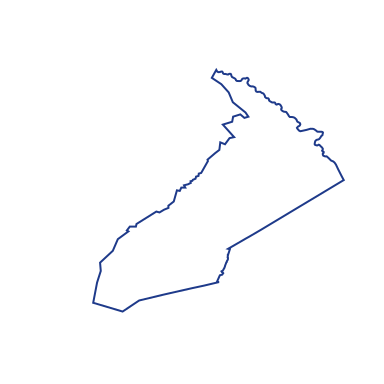 Greenville, South Carolina, United States of America, rotated 58°
{"feature_id": "52423323B27353440150163", "entity_name": "Greenville", "entity_type": "district", "adm_level": 2, "iso_a3": "USA", "parent_name": "United States of America", "parent_adm1": "South Carolina", "projection": "equal_earth", "projection_center": [-82.43, 34.85], "detail": "fine", "context": "isolated", "style": "outline", "palette": "blue", "viewbox_px": 384, "rotation_deg": 58, "n_neighbors": 0, "source": "geoboundaries", "source_scale": "gbopen_adm2", "svg_char_len": 3581}
<svg xmlns="http://www.w3.org/2000/svg" viewBox="0 0 384 384"><g transform="rotate(58 192 192)"><path d="M157.1,77.4L155.9,78.0L155.2,78.1L154.9,77.9L153.7,77.6L153.0,77.7L151.8,79.2L150.1,79.7L148.9,79.2L146.7,79.2L145.9,79.5L145.5,79.8L145.3,80.1L144.3,80.6L143.3,80.9L142.3,82.5L141.8,83.5L141.0,84.2L140.0,84.3L139.4,84.1L138.3,83.4L137.2,83.0L136.3,83.3L135.3,83.9L134.5,84.7L133.9,85.8L132.6,86.8L131.2,87.3L129.1,87.3L128.3,86.8L128.0,86.2L127.5,85.3L127.0,84.5L125.8,84.2L125.0,84.3L124.3,84.8L124.2,85.9L124.1,86.7L123.8,86.8L123.5,87.3L123.0,88.1L122.8,88.6L122.7,89.2L122.9,89.9L123.5,91.0L123.6,91.9L123.2,92.8L121.7,95.0L120.6,95.5L119.9,95.3L119.0,95.3L118.1,95.7L115.7,97.1L114.2,97.0L113.3,96.6L112.3,96.6L111.7,97.5L111.5,98.0L111.5,99.1L111.1,99.7L109.6,101.1L108.9,102.3L107.9,102.8L106.6,102.5L105.7,102.7L105.2,103.8L105.1,104.7L104.3,106.2L103.2,106.8L101.3,106.7L105.7,114.7L116.1,110.0L127.0,108.1L137.5,109.8L152.9,104.5L158.0,104.3L156.9,108.3L151.8,109.9L149.9,117.2L153.7,120.7L151.2,130.1L167.8,127.2L166.2,131.6L169.0,138.7L164.9,141.7L170.8,146.5L171.3,151.7L172.8,161.7L174.2,162.1L180.7,174.1L180.0,176.5L181.8,178.0L181.1,180.4L182.6,182.0L182.1,184.8L182.7,185.8L182.1,187.5L183.7,188.3L183.5,189.3L183.4,191.1L182.1,195.2L184.7,195.4L182.6,198.7L184.6,201.8L182.6,203.9L190.4,212.5L191.1,219.3L193.0,220.4L192.2,225.0L192.1,230.4L189.7,232.6L189.7,256.0L191.6,257.9L188.4,263.1L190.1,267.6L191.7,266.8L192.7,279.9L199.9,290.3L203.2,307.4L210.6,311.2L218.5,320.5L233.6,334.5L256.6,314.2L256.0,294.3L263.8,271.0L267.9,259.2L273.6,242.9L277.8,231.3L282.7,216.8L281.3,218.3L277.4,212.5L278.1,210.1L277.8,209.6L277.5,209.0L277.5,208.8L277.5,208.7L277.4,208.5L277.2,208.5L276.8,208.6L276.1,208.9L275.9,209.0L275.7,209.1L275.0,209.0L274.9,209.0L274.9,208.5L275.0,208.2L275.0,207.6L274.8,207.2L274.5,206.5L274.3,206.2L274.2,206.1L274.0,205.7L273.8,205.2L273.6,204.9L273.5,204.7L273.3,204.6L272.9,203.9L272.7,203.7L272.4,203.3L272.1,203.1L270.4,200.8L269.9,200.3L269.9,200.1L269.9,199.8L269.8,199.6L269.4,199.3L269.3,199.2L269.1,198.9L268.9,198.7L268.8,198.3L268.7,198.1L268.4,197.7L268.3,197.4L267.7,197.0L267.4,196.7L267.1,196.5L266.9,196.4L266.7,196.3L266.3,196.4L266.2,196.4L266.0,196.2L265.6,195.8L265.4,195.6L265.1,195.4L264.9,195.3L264.7,195.0L264.3,195.0L264.1,194.8L264.0,194.6L263.9,194.3L263.9,194.1L260.6,190.2L259.3,191.5L259.6,183.3L260.0,171.0L260.2,167.1L260.6,153.5L261.2,118.6L262.3,57.0L262.2,57.0L258.0,56.7L257.9,56.7L250.1,56.0L245.0,55.4L243.2,55.5L242.7,55.5L241.0,56.0L239.0,57.4L235.5,58.2L233.2,58.9L233.0,59.1L232.4,60.2L230.8,61.4L229.7,61.3L228.6,60.6L228.6,59.7L227.9,59.1L227.7,59.1L226.5,59.7L226.0,59.8L225.8,59.7L225.5,58.8L224.5,58.1L222.9,58.2L221.9,58.5L219.6,59.0L219.0,59.5L219.0,60.1L219.0,60.8L218.7,61.4L217.4,62.6L216.7,62.7L216.1,62.4L215.1,61.5L214.2,60.6L213.9,59.5L213.8,58.9L214.0,58.0L214.4,57.1L214.5,56.2L214.0,54.6L213.0,52.5L213.0,51.4L211.1,49.5L210.3,49.5L209.5,50.3L207.3,53.7L204.9,54.5L203.1,55.4L202.5,56.0L201.1,58.1L200.0,62.0L198.3,66.8L197.8,68.0L196.6,68.7L193.9,69.1L193.2,69.0L192.7,67.5L192.8,66.1L192.7,65.3L191.9,64.2L190.6,64.0L188.3,65.3L187.0,65.3L185.9,65.0L183.6,65.6L182.6,66.2L181.6,67.2L180.2,69.3L179.0,69.6L177.1,69.5L174.2,69.7L174.0,69.8L173.8,70.0L173.3,70.6L172.6,71.5L171.3,72.3L170.1,72.7L169.4,72.7L168.7,72.2L168.4,71.5L168.3,71.3L167.0,70.9L165.9,70.9L165.0,70.9L164.1,71.2L163.4,71.8L163.0,72.2L162.8,73.1L162.8,73.8L162.4,74.2L161.7,74.5L161.1,74.3L160.2,74.3L159.5,74.9L159.1,75.8L158.4,76.7L157.1,77.4Z" fill="none" stroke="#1e3a8a" stroke-width="2"/></g></svg>